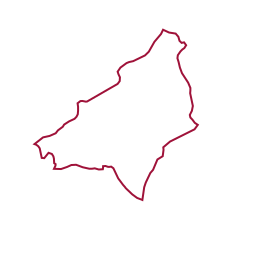 an SVG outline of Diyarbakir, rotated 332°
{"feature_id": "TUR-2309", "entity_name": "Diyarbakir", "entity_type": "Province", "adm_level": 1, "iso_a3": "TUR", "parent_name": "Turkey", "parent_adm1": "", "projection": "equal_earth", "projection_center": [40.236, 38.057], "detail": "fine", "context": "isolated", "style": "outline", "palette": "rose", "viewbox_px": 256, "rotation_deg": 332, "n_neighbors": 0, "source": "natural_earth", "source_scale": "10m", "svg_char_len": 1352}
<svg xmlns="http://www.w3.org/2000/svg" viewBox="0 0 256 256"><g transform="rotate(332 128 128)"><path d="M205.1,57.7L209.1,63.0L214.4,67.0L215.3,71.1L214.4,75.2L215.3,78.0L217.7,78.7L218.2,82.2L215.2,83.9L212.8,84.2L210.3,85.0L206.2,87.1L204.4,89.6L203.7,93.3L202.2,99.0L201.4,104.9L202.4,116.2L201.9,121.9L200.6,124.3L199.2,126.5L195.6,139.0L192.5,142.8L188.7,145.5L188.0,148.0L188.8,150.9L189.4,154.8L191.1,158.0L186.1,160.4L158.8,159.7L150.1,161.6L149.1,164.0L145.4,169.2L139.2,169.6L130.5,176.7L126.6,178.2L118.1,184.5L114.5,187.9L106.9,198.3L103.2,194.0L100.6,188.6L97.8,180.2L97.6,178.7L96.9,175.7L95.7,167.9L96.2,156.7L95.0,154.2L93.6,153.7L92.2,153.0L90.3,151.0L88.1,150.0L87.3,151.4L86.4,152.6L82.7,150.9L79.7,148.0L77.2,147.1L74.7,145.8L69.6,141.4L64.9,136.1L60.6,134.1L56.0,133.8L49.6,132.8L43.5,129.3L46.3,127.2L47.1,125.9L46.3,124.4L48.2,120.3L48.8,118.0L48.6,115.2L46.2,112.6L39.9,115.3L37.8,113.9L40.5,104.5L40.2,102.0L39.2,99.8L37.9,98.3L48.6,96.4L55.1,98.2L61.7,98.7L65.0,97.2L71.0,96.3L73.2,95.0L79.1,94.5L85.1,94.8L87.8,93.9L90.1,92.3L92.1,89.2L93.9,85.8L95.1,82.5L98.6,81.9L100.4,82.7L103.1,84.9L104.3,85.4L130.5,84.5L139.5,84.2L142.7,82.7L144.7,79.4L144.8,76.3L145.3,73.4L149.7,71.1L157.2,70.0L160.0,70.3L163.9,71.4L177.1,71.9L182.2,70.4L191.8,64.3L201.3,60.5L205.1,57.7Z" fill="none" stroke="#9f1239" stroke-width="2"/></g></svg>